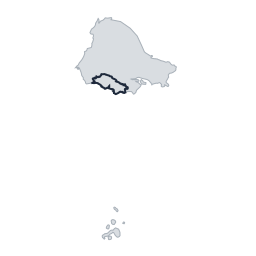 where Manabi sits in Ecuador, rotated 268°
{"feature_id": "ECU-1282", "entity_name": "Manabi", "entity_type": "Province", "adm_level": 1, "iso_a3": "ECU", "parent_name": "Ecuador", "parent_adm1": "", "projection": "natural_earth1", "projection_center": [-80.093, -0.733], "detail": "fine", "context": "in_parent", "style": "outline", "palette": "slate", "viewbox_px": 256, "rotation_deg": 268, "n_neighbors": 0, "source": "natural_earth", "source_scale": "10m", "svg_char_len": 7095}
<svg xmlns="http://www.w3.org/2000/svg" viewBox="0 0 256 256"><g transform="rotate(268 128 128)"><path d="M238.5,102.0L237.7,102.6L235.9,102.8L234.4,102.3L233.9,102.3L233.8,102.8L235.7,104.2L236.6,106.7L237.9,108.3L238.8,109.0L238.8,109.6L238.6,110.6L238.5,111.4L238.9,115.2L238.6,115.5L237.6,115.5L236.8,114.8L234.6,124.3L227.6,133.7L219.6,140.4L210.4,144.3L203.6,147.0L202.6,148.0L199.3,152.8L199.1,153.2L199.6,154.0L199.6,154.6L199.1,154.9L198.7,154.9L198.5,154.7L198.3,154.1L197.9,153.5L197.4,153.4L197.1,153.5L197.0,154.0L196.3,156.6L196.3,157.8L196.0,158.3L196.1,159.4L195.4,160.5L194.8,162.2L194.3,162.7L193.6,165.4L192.5,168.0L192.5,168.9L192.8,169.6L192.9,170.1L192.4,171.7L190.1,173.3L189.5,174.1L189.2,175.0L189.4,175.7L189.3,176.4L188.5,176.6L187.8,178.1L187.2,178.4L185.7,177.9L184.6,177.9L183.7,177.5L182.0,174.9L181.4,173.4L181.2,171.4L179.6,170.1L177.4,170.4L176.8,169.9L175.2,169.0L173.8,168.1L172.8,167.6L172.0,167.8L170.7,169.5L169.5,170.2L169.0,170.2L168.2,169.7L168.1,169.1L169.9,166.2L168.6,166.1L168.1,165.5L168.0,164.8L167.8,164.0L168.1,163.1L168.8,162.6L169.9,163.0L170.6,163.0L171.1,162.1L172.1,161.5L172.3,161.0L171.8,159.6L171.6,158.8L171.8,158.4L171.7,156.9L171.4,156.3L171.4,155.5L171.1,155.0L171.0,153.9L170.3,153.4L172.5,152.4L173.3,151.6L174.3,150.9L175.2,149.7L175.8,148.7L177.1,143.8L178.3,140.7L178.1,139.2L177.1,137.2L176.9,134.3L177.0,133.4L176.8,132.7L176.1,133.9L176.3,138.3L175.7,140.2L174.8,140.7L174.3,140.3L174.6,137.2L174.0,137.7L173.0,139.9L171.3,141.5L171.2,142.0L170.8,142.7L169.6,142.1L168.6,141.4L165.4,137.8L163.3,137.1L162.1,135.8L161.8,135.3L161.7,134.6L163.0,133.8L164.3,132.8L164.4,130.6L164.4,128.9L163.4,125.9L163.9,122.0L163.6,120.5L162.5,117.2L163.3,115.6L166.3,114.4L167.2,113.6L167.9,111.0L168.5,109.5L169.8,110.1L170.9,110.0L169.5,109.5L168.4,107.2L168.2,106.1L170.3,102.9L171.5,102.1L172.9,100.4L174.1,97.9L174.4,93.9L173.9,91.1L173.5,88.1L174.2,87.3L176.0,86.9L177.5,85.9L178.2,85.0L179.9,85.1L181.9,83.7L185.1,83.1L189.6,81.5L190.6,80.1L190.1,77.6L191.8,79.1L192.5,80.3L194.8,81.6L197.5,84.0L199.3,85.2L201.2,86.3L204.1,87.4L205.8,87.2L206.5,89.0L207.1,89.5L208.8,90.1L208.9,90.4L209.6,93.7L209.9,94.2L211.3,94.7L213.0,94.9L213.7,94.8L215.2,95.7L217.6,96.5L218.4,96.6L218.8,96.4L218.9,96.1L219.6,96.1L220.6,96.6L222.1,96.7L223.0,96.2L223.2,94.4L223.5,94.0L224.6,93.3L225.1,93.5L227.9,94.9L228.4,95.4L229.1,96.5L230.4,98.0L231.8,98.9L234.0,99.4L236.1,100.9L238.5,102.0ZM22.2,99.9L23.1,101.0L23.5,103.8L26.2,106.9L26.6,108.6L26.3,109.3L26.5,109.7L27.8,110.8L28.6,112.1L27.2,115.1L24.1,116.3L20.9,116.3L20.2,115.9L19.4,114.8L19.2,113.8L19.7,112.8L21.4,111.4L23.9,110.1L24.3,109.1L23.2,108.1L22.5,106.2L20.9,104.8L20.1,100.7L19.6,100.5L18.5,101.1L17.9,100.6L17.8,100.3L19.0,99.4L19.3,98.7L21.0,98.4L21.8,98.9L22.2,99.9ZM34.9,112.4L34.2,112.4L32.1,110.9L32.2,109.4L33.1,108.4L35.8,107.9L36.9,108.9L36.8,110.6L35.9,111.9L35.2,112.2L34.9,112.4ZM172.9,146.9L172.7,147.5L171.4,147.4L171.0,147.2L171.3,144.3L171.7,143.4L172.7,142.5L173.6,142.1L174.7,142.2L175.9,143.0L174.5,144.5L173.4,144.9L172.9,146.9ZM20.1,107.5L18.8,107.8L17.6,107.3L17.2,106.5L17.1,105.2L17.2,104.8L19.7,104.3L20.5,105.4L20.5,106.9L20.1,107.5ZM47.3,114.6L45.7,115.2L44.8,114.6L44.7,114.2L45.6,113.3L46.5,112.8L47.2,111.6L48.6,111.0L49.1,111.1L49.3,111.4L49.4,111.7L49.0,112.6L48.1,113.3L47.3,114.6ZM31.7,105.6L31.0,106.0L28.5,105.5L27.7,104.6L28.3,103.3L28.9,102.8L30.4,103.3L31.9,104.7L31.7,105.6ZM33.7,121.3L33.2,121.3L32.4,120.7L33.0,119.4L34.0,120.1L34.3,120.6L33.7,121.3ZM189.4,80.7L188.7,80.8L188.3,80.1L189.3,79.2L189.6,79.1L189.4,80.7Z" fill="#d9dde1" stroke="#a8b0b8" stroke-width="1"/><path d="M163.6,126.6L163.4,125.9L163.2,125.6L163.1,125.4L163.1,125.2L163.7,124.6L163.6,124.3L163.6,123.8L163.7,123.7L163.9,123.5L164.0,123.5L164.3,123.5L164.3,123.3L164.3,123.0L164.3,122.7L164.4,122.1L164.4,121.9L164.6,121.7L164.6,121.4L164.2,120.7L163.4,119.6L162.8,118.3L162.5,117.5L162.3,117.0L162.4,116.7L162.6,116.5L162.7,116.3L162.9,116.1L163.0,115.9L163.3,115.6L163.5,115.3L163.5,115.2L163.8,115.2L164.0,115.2L164.4,115.0L164.6,115.0L164.8,115.0L164.9,114.9L164.9,115.0L165.1,115.2L165.3,115.2L165.5,115.0L165.7,114.8L165.9,114.8L166.0,115.0L166.4,115.1L166.7,114.9L167.0,114.6L167.3,114.2L167.5,113.3L167.5,113.0L167.7,111.9L168.0,111.2L168.3,110.5L168.4,110.0L168.5,109.9L168.8,109.8L169.0,109.7L169.0,110.1L169.2,110.4L169.6,110.6L169.9,110.7L170.6,110.7L170.3,110.4L169.9,110.3L169.6,110.3L169.4,110.1L169.2,109.7L169.1,109.3L168.9,109.2L168.8,108.7L168.6,108.2L168.6,107.8L168.4,107.3L168.1,107.0L168.0,106.3L168.1,106.1L168.4,106.1L168.8,105.6L169.3,104.9L169.4,104.6L169.4,104.4L169.6,104.1L169.7,103.8L170.0,103.7L170.1,103.4L170.3,103.0L170.6,103.3L170.9,103.1L171.2,102.8L171.6,102.5L172.4,101.5L173.0,100.5L173.2,100.2L173.3,99.9L173.4,99.7L173.5,99.6L173.8,99.5L174.0,98.9L174.1,98.4L174.2,97.6L174.2,97.2L174.1,96.5L174.0,95.4L174.2,94.9L174.2,94.7L174.3,94.8L174.5,95.0L174.5,95.3L174.6,95.1L174.7,94.9L175.0,95.9L175.2,96.2L175.3,96.2L175.4,96.3L175.5,96.3L175.7,96.2L175.8,96.2L176.0,95.9L176.1,95.6L176.1,95.4L176.3,95.3L176.7,95.4L177.0,95.3L177.4,95.2L177.5,95.2L177.9,94.7L178.0,94.6L178.3,94.5L178.5,94.5L178.8,94.8L178.8,95.0L178.7,95.2L178.6,95.3L178.5,95.5L179.3,96.1L179.4,96.3L179.3,96.5L179.2,96.6L179.0,96.8L178.7,97.3L178.8,97.5L179.0,97.7L179.3,97.6L179.4,97.9L179.4,98.0L179.5,98.1L179.6,97.9L179.8,97.9L179.8,98.0L180.2,98.4L180.3,98.4L180.4,98.5L180.5,98.5L180.2,99.0L180.1,99.3L179.9,99.5L179.9,99.9L179.9,100.1L180.2,100.5L180.0,100.8L180.0,101.0L180.1,101.3L180.1,101.5L180.3,101.6L180.5,101.8L180.8,102.0L181.2,102.5L181.5,102.9L182.1,103.1L182.4,103.1L182.5,103.1L182.7,103.3L182.6,103.5L182.7,106.3L182.7,106.6L182.6,106.8L182.1,107.6L182.1,107.9L182.1,108.1L181.9,108.5L181.7,108.8L181.5,109.6L181.4,109.9L181.1,110.6L181.0,111.1L180.9,111.2L180.8,111.3L180.7,111.4L180.5,111.5L180.4,111.7L180.3,111.9L180.1,113.0L179.8,113.6L179.0,113.8L178.7,113.9L178.6,114.0L178.4,114.1L177.9,115.0L177.8,115.3L177.7,115.5L177.5,115.8L177.5,116.0L177.4,116.1L177.3,116.3L177.2,116.5L176.8,117.2L176.7,117.4L176.0,118.0L175.8,118.1L175.5,118.2L175.4,118.2L175.1,118.2L175.0,117.9L174.9,117.8L174.8,118.0L174.7,118.2L174.6,118.6L174.5,118.9L174.4,119.4L174.1,120.2L174.0,120.4L173.5,120.9L173.2,121.1L172.9,121.4L172.9,121.7L172.9,122.1L172.8,122.3L172.5,122.4L172.3,122.5L172.2,122.6L172.0,122.9L172.0,123.3L172.0,123.5L172.1,123.9L172.2,124.1L172.1,124.4L171.7,124.7L170.9,124.9L170.9,125.0L171.1,125.3L171.2,125.5L171.4,125.5L171.5,125.6L171.6,125.9L171.6,126.0L171.8,126.5L171.7,126.6L171.0,126.7L170.8,126.8L170.7,126.9L170.5,126.7L170.4,126.7L170.2,126.7L170.1,126.8L170.0,127.1L169.9,127.2L169.7,127.3L169.4,127.5L169.3,127.8L169.2,128.0L168.9,128.3L168.9,128.5L168.9,128.8L168.8,129.0L168.7,129.1L168.3,129.2L167.7,129.1L167.4,129.1L167.2,128.9L167.1,128.6L167.1,128.3L167.2,128.2L167.3,127.9L167.4,127.4L167.4,127.2L167.1,126.9L167.1,126.7L167.1,126.4L166.9,126.3L166.5,126.2L166.2,126.2L165.8,126.4L165.5,126.5L164.5,126.4L164.3,126.5L164.0,126.5L163.6,126.6L163.6,126.6Z" fill="none" stroke="#1e293b" stroke-width="2"/></g></svg>